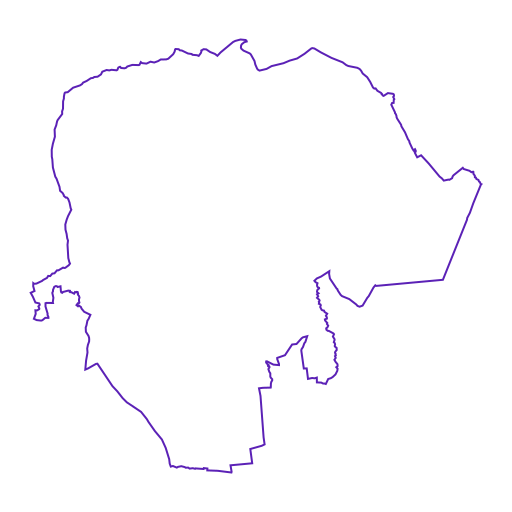 Grajduri, Iasi, Romania
{"feature_id": "2599482B71746313181948", "entity_name": "Grajduri", "entity_type": "district", "adm_level": 2, "iso_a3": "ROU", "parent_name": "Romania", "parent_adm1": "Iasi", "projection": "orthographic", "projection_center": [27.558, 46.975], "detail": "fine", "context": "isolated", "style": "outline", "palette": "violet", "viewbox_px": 512, "rotation_deg": 0, "n_neighbors": 0, "source": "geoboundaries", "source_scale": "gbopen_adm2", "svg_char_len": 5842}
<svg xmlns="http://www.w3.org/2000/svg" viewBox="0 0 512 512"><path d="M346.3,65.1L342.6,62.3L331.5,57.9L320.9,52.4L314.4,48.5L312.4,48.1L311.4,48.4L304.5,53.8L297.1,58.5L289.7,60.6L283.5,63.2L271.6,66.1L266.6,68.9L259.5,70.6L257.7,69.5L257.0,68.4L255.3,64.5L254.5,61.0L250.8,54.4L249.7,53.4L243.5,50.6L241.4,48.8L240.9,47.8L241.1,45.5L241.8,44.2L244.3,42.2L246.7,41.5L246.4,40.6L245.6,40.0L240.5,39.5L235.3,40.9L233.1,42.0L220.6,52.4L217.4,55.8L214.9,53.9L210.1,52.0L206.3,49.4L203.6,49.2L201.3,50.5L201.5,51.1L200.8,53.1L198.7,55.9L197.0,55.2L192.4,54.8L191.7,54.0L188.0,53.5L181.8,50.5L179.8,50.3L178.7,49.2L175.6,49.0L175.1,49.4L174.6,51.7L173.2,54.2L168.3,58.7L166.2,59.4L160.7,59.5L158.1,61.1L154.2,62.5L150.5,61.7L146.5,63.6L142.0,63.1L140.8,62.1L139.5,64.8L138.8,65.1L132.3,64.9L127.3,66.5L126.2,67.7L124.6,68.3L121.1,68.0L120.1,66.8L119.6,66.9L118.3,67.6L117.4,69.8L116.6,70.3L111.5,69.8L109.3,70.4L106.6,70.0L102.3,71.7L101.0,74.4L97.6,76.7L94.3,77.0L93.0,77.9L90.9,78.2L86.6,81.0L83.1,82.6L82.0,84.1L80.0,85.4L73.1,87.7L67.7,92.2L65.2,92.5L64.7,93.0L64.4,94.0L63.9,96.7L63.9,98.5L63.1,101.3L63.0,108.7L62.1,111.4L62.2,114.0L57.7,120.0L57.1,121.3L56.2,125.4L54.6,129.5L54.9,136.7L52.9,143.7L51.7,149.8L51.8,156.7L52.3,159.3L52.9,167.5L55.3,176.7L56.5,178.6L59.5,186.8L60.1,190.8L62.6,193.0L63.8,195.1L63.8,195.8L64.3,196.3L65.8,197.6L66.8,197.5L68.1,198.8L69.5,202.5L70.7,208.3L71.3,209.7L68.0,216.2L66.7,219.6L65.3,224.5L65.5,229.7L66.6,233.9L67.2,238.2L68.0,240.6L67.5,244.7L68.3,258.1L69.3,262.0L70.0,263.6L68.8,265.2L65.3,267.8L64.1,268.0L63.1,267.6L58.5,270.3L57.0,270.3L54.5,273.3L52.3,273.6L50.2,276.1L48.2,275.9L47.0,277.9L43.1,280.0L42.1,280.9L36.4,283.6L34.0,283.8L33.3,283.2L33.2,286.2L34.5,291.0L30.7,292.8L32.9,296.8L35.4,302.5L39.2,303.4L39.7,304.4L39.6,305.1L38.4,306.4L39.3,308.4L39.2,309.1L37.1,310.4L35.4,310.3L35.7,313.9L33.9,318.8L36.7,320.1L41.2,320.6L42.4,320.2L45.3,317.8L48.4,317.9L48.4,316.9L47.5,314.9L47.6,313.6L45.5,306.5L45.5,303.2L46.4,302.9L53.0,303.0L52.8,302.1L53.4,297.8L52.3,292.9L53.0,291.2L53.0,289.9L54.3,286.8L55.7,286.1L56.8,286.2L57.6,287.0L60.5,286.3L60.9,291.1L61.3,292.4L61.9,292.7L62.3,292.8L62.9,292.0L68.3,290.6L69.9,290.8L69.7,291.9L70.1,292.2L71.1,292.1L74.1,293.7L75.0,292.0L76.1,292.4L76.5,291.9L77.6,292.0L78.1,293.5L77.9,294.6L79.0,296.0L79.5,297.6L79.0,299.2L79.0,301.0L79.4,302.6L79.0,303.1L77.9,303.2L76.5,305.1L78.0,306.3L78.8,305.5L80.9,307.0L81.6,308.7L84.2,311.8L90.4,314.8L88.6,318.9L87.4,320.7L86.5,325.2L85.7,327.6L85.9,331.8L88.5,335.9L89.1,337.8L89.2,339.6L89.1,341.5L87.9,344.9L87.2,348.5L87.5,352.5L86.1,360.5L85.3,369.6L87.9,368.5L96.0,363.9L97.4,363.7L112.5,386.2L117.3,391.3L122.7,398.2L126.8,402.3L141.1,411.9L146.9,419.2L148.4,421.8L154.9,431.1L161.9,439.5L165.7,447.9L169.2,459.2L169.7,463.6L170.8,466.6L172.9,466.0L176.8,467.6L177.9,466.9L181.3,466.2L184.8,467.1L185.6,467.7L188.2,467.6L189.6,468.6L192.8,468.2L195.1,468.8L195.5,468.4L203.6,469.0L203.8,468.1L207.4,468.5L207.3,470.4L217.8,470.8L231.4,472.5L231.6,471.8L230.5,465.3L252.2,463.3L250.3,449.0L261.7,445.8L264.6,444.4L263.6,437.4L260.5,395.9L259.0,388.3L263.0,387.8L270.7,387.6L270.8,387.2L270.9,383.5L271.4,381.6L272.2,380.5L272.2,379.2L270.7,377.6L270.3,376.5L270.3,373.3L269.3,371.8L268.4,369.1L269.5,367.2L269.4,366.6L269.1,366.2L268.1,366.2L268.0,365.9L268.6,365.6L268.5,364.8L267.8,364.5L266.5,363.1L266.1,362.3L266.2,361.4L266.9,361.3L273.4,364.6L279.0,365.1L279.0,364.0L277.2,359.0L277.2,357.9L285.0,355.2L292.1,344.5L296.5,344.0L301.6,338.3L303.0,337.3L307.2,336.2L305.4,341.9L304.3,343.3L303.0,347.0L301.5,349.3L301.3,350.6L303.8,368.5L306.7,368.4L308.0,378.9L312.1,378.0L314.7,378.3L316.8,377.6L316.9,382.4L321.3,382.6L323.0,383.5L324.4,383.5L325.8,384.0L328.2,379.0L330.8,378.2L332.6,377.1L335.5,374.4L337.3,370.8L337.6,368.7L336.3,367.2L337.5,366.3L337.6,365.0L337.3,363.9L335.8,362.2L334.4,359.8L335.7,357.9L335.0,356.1L335.8,355.4L335.5,354.6L335.7,354.0L335.0,352.8L335.3,351.7L336.7,350.0L336.6,347.9L334.9,346.5L334.7,346.0L335.1,344.6L335.0,343.9L334.6,342.9L333.8,342.2L334.6,339.9L334.5,339.1L332.9,336.6L334.0,334.2L333.4,333.4L328.8,330.9L327.7,330.8L326.4,329.7L326.2,328.3L327.3,327.5L328.2,325.7L326.9,323.9L327.3,323.0L325.1,320.5L324.9,319.4L326.9,318.6L326.8,317.2L325.9,315.8L327.2,313.7L324.6,312.0L324.0,310.6L322.4,310.3L321.6,309.8L320.2,307.0L320.8,305.2L320.4,304.4L318.9,303.8L319.2,302.8L318.8,301.8L319.6,300.7L319.3,299.8L317.0,297.8L318.2,296.2L317.0,294.3L318.5,293.3L317.2,292.3L317.0,291.4L317.4,289.9L319.1,288.4L319.0,287.8L317.8,287.3L317.2,286.3L317.0,284.9L317.5,283.2L315.6,282.2L314.4,280.8L316.9,278.4L321.0,276.6L329.3,271.2L329.1,273.9L329.9,278.5L336.7,288.7L337.3,289.0L337.8,290.5L340.6,294.8L342.0,296.1L349.3,299.1L356.3,304.5L357.5,305.9L359.6,306.7L362.6,305.6L367.3,297.8L368.7,296.2L373.5,287.5L375.3,285.3L376.1,285.9L377.4,285.8L442.9,279.8L467.0,219.7L467.2,218.0L469.9,212.8L473.3,203.2L480.9,184.6L481.3,184.2L480.6,183.9L479.9,182.1L479.0,181.5L478.4,179.9L476.4,179.0L475.9,177.6L474.9,177.3L474.8,175.6L473.5,174.0L473.5,173.1L472.9,172.5L473.3,171.9L473.1,171.7L471.4,172.2L469.5,170.8L463.7,169.0L462.8,167.8L453.6,175.2L452.7,176.3L452.1,178.2L449.4,179.8L448.4,179.6L443.8,180.6L441.8,178.3L439.6,176.6L428.8,163.6L421.1,155.3L417.2,157.3L414.8,152.7L414.7,151.9L415.7,151.6L415.7,150.6L415.0,149.2L413.5,150.4L412.3,148.5L409.5,142.5L409.3,141.2L407.9,139.1L405.0,132.3L401.4,126.3L401.1,124.8L397.1,118.5L396.5,117.0L396.5,116.1L395.9,114.3L395.0,113.1L395.0,112.4L391.3,104.7L392.1,103.0L393.6,102.9L393.8,99.7L394.3,99.1L393.2,97.0L394.0,95.9L393.8,94.4L392.9,93.8L387.9,93.1L383.6,95.9L383.2,95.8L381.7,94.2L381.9,93.9L381.0,92.9L377.4,90.8L375.6,88.4L374.3,88.6L373.0,87.5L370.2,81.9L367.2,77.2L362.7,73.5L361.1,70.7L359.6,69.0L357.3,67.8L348.3,66.0L346.3,65.1Z" fill="none" stroke="#5b21b6" stroke-width="2"/></svg>